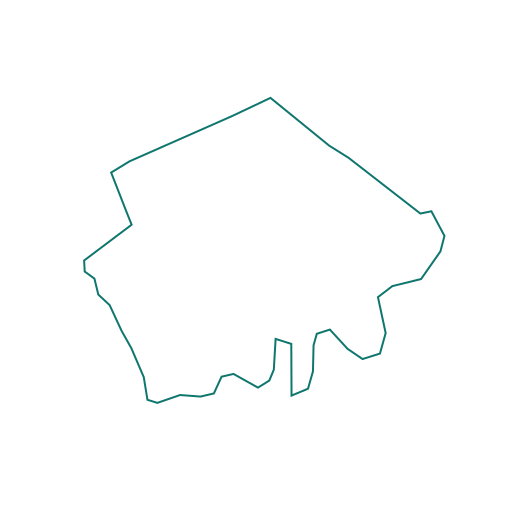 Carlos Gomes, Rio Grande do Sul, Brazil (Robinson projection), rotated 56°
{"feature_id": "56859067B78696216867295", "entity_name": "Carlos Gomes", "entity_type": "district", "adm_level": 2, "iso_a3": "BRA", "parent_name": "Brazil", "parent_adm1": "Rio Grande do Sul", "projection": "robinson", "projection_center": [-51.914, -27.704], "detail": "fine", "context": "isolated", "style": "outline", "palette": "teal", "viewbox_px": 512, "rotation_deg": 56, "n_neighbors": 0, "source": "geoboundaries", "source_scale": "gbopen_adm2", "svg_char_len": 713}
<svg xmlns="http://www.w3.org/2000/svg" viewBox="0 0 512 512"><g transform="rotate(56 256 256)"><path d="M344.7,88.5L317.0,85.6L312.7,96.0L226.5,124.3L205.5,133.6L133.0,155.6L126.6,197.6L106.8,307.8L105.8,329.4L146.1,338.5L160.5,341.6L163.6,401.0L173.1,406.7L184.4,402.6L199.8,408.3L214.9,404.8L243.0,409.3L262.8,410.9L293.7,416.8L314.5,426.4L322.6,419.9L328.8,396.7L341.5,380.6L346.4,367.8L336.8,352.0L341.2,340.6L366.2,328.0L366.7,314.6L360.2,304.8L335.7,286.1L348.6,275.9L391.6,304.6L395.1,287.1L383.5,273.3L362.2,258.2L354.5,249.1L358.3,235.9L384.2,232.0L401.0,225.3L406.2,207.8L392.4,191.6L358.3,177.9L357.2,159.8L367.4,132.0L355.3,100.5L344.7,88.5Z" fill="none" stroke="#0f766e" stroke-width="2"/></g></svg>